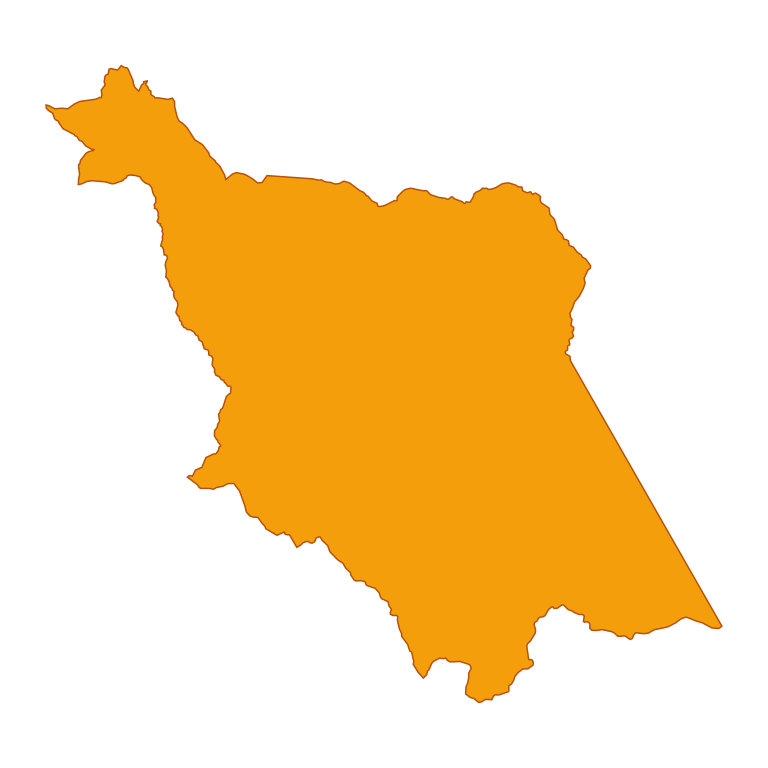 Toledo, Norte de Santander, Colombia
{"feature_id": "7082276B12986735978418", "entity_name": "Toledo", "entity_type": "district", "adm_level": 2, "iso_a3": "COL", "parent_name": "Colombia", "parent_adm1": "Norte de Santander", "projection": "orthographic", "projection_center": [-72.39, 7.233], "detail": "fine", "context": "isolated", "style": "filled", "palette": "amber", "viewbox_px": 768, "rotation_deg": 0, "n_neighbors": 0, "source": "geoboundaries", "source_scale": "gbopen_adm2", "svg_char_len": 6057}
<svg xmlns="http://www.w3.org/2000/svg" viewBox="0 0 768 768"><path d="M721.9,626.2L570.4,360.7L570.0,356.4L565.4,353.6L565.5,351.3L567.6,349.9L567.6,346.0L569.4,345.0L569.8,344.1L568.9,340.5L570.0,338.8L572.3,337.9L573.5,336.3L572.3,332.0L573.6,330.0L573.7,327.4L570.9,325.2L572.0,319.5L570.4,317.1L570.0,313.2L572.5,308.0L574.5,302.1L579.5,295.9L583.4,288.3L585.1,283.2L584.1,278.3L588.0,270.0L590.2,268.3L590.7,265.9L585.7,258.9L582.3,257.1L581.3,255.0L577.1,252.1L573.3,247.0L569.2,245.5L568.4,241.0L566.1,239.5L564.0,239.3L562.2,234.7L557.7,230.2L554.4,219.2L550.0,214.6L549.0,208.0L541.4,202.9L540.1,200.2L540.6,196.7L538.8,195.0L535.5,193.1L532.3,194.3L530.6,191.8L527.1,192.8L522.6,190.7L521.9,187.0L518.5,186.9L515.9,185.2L509.3,183.0L506.5,183.0L502.2,183.8L495.7,187.7L491.6,189.1L488.4,189.4L486.7,188.2L484.4,188.5L482.8,188.0L479.8,190.6L475.8,192.3L474.1,194.0L473.1,197.3L470.2,202.1L468.1,202.3L466.7,201.7L465.9,202.0L465.1,203.4L464.2,203.4L462.1,201.6L454.5,198.9L452.7,197.0L451.3,196.9L448.3,199.3L447.3,199.2L445.2,198.3L438.8,197.4L430.7,194.8L426.8,190.8L422.1,190.6L410.7,188.2L404.9,189.6L401.9,192.1L397.3,196.8L397.0,200.6L394.5,200.6L386.3,204.8L381.8,206.3L379.0,206.5L377.7,205.8L377.1,203.3L371.7,200.8L368.3,196.5L366.1,195.3L363.6,192.3L359.9,190.7L349.7,183.0L344.5,181.3L343.2,181.4L339.2,183.6L335.0,184.0L330.2,182.3L327.1,182.2L323.3,181.1L321.7,179.8L319.1,180.2L312.2,178.8L267.0,175.6L262.1,182.5L257.5,182.9L253.2,179.3L246.5,175.2L244.0,174.1L236.2,172.6L232.5,174.0L225.8,179.6L224.6,175.0L219.7,166.0L215.5,161.9L215.2,160.8L209.8,156.2L208.7,152.7L202.4,144.6L194.8,139.8L187.2,127.9L183.0,123.6L178.9,120.8L177.0,116.5L174.7,106.8L174.6,101.8L172.4,98.1L167.9,99.4L158.1,97.8L155.0,97.9L154.2,96.7L151.0,94.6L150.9,91.1L149.0,89.9L147.7,86.7L146.0,85.1L145.7,83.9L147.1,81.9L147.2,80.9L143.7,81.7L143.8,83.4L141.6,85.0L138.8,91.1L134.8,87.3L133.1,82.6L133.1,80.8L128.0,68.9L127.1,67.9L123.6,67.2L121.3,65.6L117.5,70.1L110.9,68.5L108.9,69.3L108.2,74.1L106.0,75.0L105.0,76.3L104.2,81.6L105.1,85.0L101.3,90.1L101.9,95.4L101.2,97.5L99.4,97.5L95.9,99.2L80.0,101.4L74.2,104.1L67.8,108.8L61.9,108.2L54.9,108.8L48.7,105.6L46.1,105.0L46.3,108.3L49.0,110.9L52.7,113.2L54.4,118.3L55.9,120.0L58.3,121.1L58.9,122.8L63.1,128.8L74.1,134.5L75.1,135.8L76.9,136.6L79.4,140.4L81.8,141.1L85.7,145.9L91.4,149.2L94.0,149.6L93.4,150.4L88.7,151.7L86.2,153.1L80.5,160.3L79.8,163.7L78.9,164.2L78.5,165.8L79.6,174.5L78.6,178.7L78.3,184.6L81.8,183.8L86.9,181.5L91.9,180.7L105.8,181.9L111.5,183.7L114.1,183.7L123.0,180.5L123.6,179.4L126.4,177.7L126.9,176.0L129.6,175.0L135.3,175.5L140.0,176.8L141.7,179.8L145.0,182.8L149.4,184.7L151.6,187.5L153.1,193.3L154.4,196.0L155.7,197.3L155.7,202.4L154.1,205.0L154.8,206.9L154.5,208.3L156.8,209.4L158.3,212.7L158.0,215.9L158.7,217.0L157.1,221.5L159.0,223.5L160.5,223.8L160.1,225.4L161.3,226.1L162.7,229.5L161.9,231.1L163.2,233.9L162.2,237.3L162.7,238.8L160.7,245.8L162.5,247.1L163.5,249.6L164.2,255.0L165.3,254.8L166.8,255.7L167.5,258.0L165.8,261.8L165.2,265.4L166.4,270.5L165.8,277.3L167.2,278.1L169.1,281.8L170.2,286.6L171.9,288.1L172.4,290.2L174.2,291.4L173.6,294.2L174.2,297.7L177.5,302.2L177.9,305.2L175.9,312.4L177.8,315.8L179.0,316.5L179.7,320.5L181.6,322.2L181.7,324.6L183.0,325.7L183.8,327.5L185.5,327.8L187.0,329.5L190.4,329.8L193.9,332.0L195.7,334.8L197.9,336.1L199.2,340.2L202.1,341.7L204.2,348.8L208.0,350.0L208.8,352.1L208.7,354.8L211.8,356.4L212.9,358.7L212.1,364.9L214.7,369.1L214.4,371.6L216.0,375.4L219.0,376.4L221.5,379.8L223.9,380.4L224.3,382.4L225.8,383.4L227.5,386.0L230.2,386.3L231.1,387.6L230.4,393.5L228.6,394.3L226.2,396.8L223.2,406.6L222.3,408.4L220.6,409.6L219.9,412.4L218.5,414.2L219.6,421.1L217.6,424.5L217.2,427.5L214.6,430.6L214.4,435.8L216.6,439.6L217.6,440.3L218.2,442.3L220.4,445.0L220.6,446.2L219.1,447.1L218.4,450.5L216.0,453.7L212.9,454.2L205.9,457.6L201.9,467.3L195.4,470.1L192.5,476.0L189.1,475.6L187.4,477.2L197.4,484.7L199.3,487.6L200.8,488.4L208.9,488.4L213.7,489.2L216.5,487.5L223.3,486.2L227.6,483.7L233.8,483.5L239.5,490.9L244.6,505.0L246.4,512.0L249.7,515.8L252.6,517.0L258.0,517.5L262.5,523.9L264.5,525.7L265.9,528.8L277.0,535.3L284.2,532.1L284.7,532.4L284.8,533.8L286.0,534.6L289.6,535.0L296.8,547.3L300.1,545.5L303.2,542.7L305.6,541.7L307.9,541.4L310.2,542.9L312.3,543.1L314.8,541.7L316.1,538.1L318.6,536.9L320.1,536.9L322.3,540.5L327.7,545.6L329.9,551.8L337.8,559.9L343.1,563.4L345.6,568.0L350.3,572.4L350.9,575.2L354.0,579.9L355.9,580.9L360.8,580.7L363.8,581.3L365.4,582.2L365.8,584.2L367.1,585.6L375.3,588.4L379.2,592.9L380.5,597.1L381.8,598.8L387.9,601.6L389.2,606.3L391.4,609.3L390.2,612.9L390.5,614.3L392.9,615.5L396.8,615.5L397.8,616.6L397.4,620.0L397.8,622.3L399.4,628.9L401.5,633.4L401.7,636.4L407.7,644.5L409.7,650.9L411.6,652.0L413.8,661.7L413.2,664.3L418.2,672.4L423.3,678.1L426.8,674.5L427.4,671.2L428.9,669.9L431.7,663.4L433.5,661.4L439.5,658.1L443.5,658.7L445.7,658.0L447.4,660.4L450.3,661.9L460.1,661.5L467.9,664.0L470.2,665.4L471.2,668.4L468.7,673.1L468.9,676.2L467.8,682.7L466.1,686.4L465.6,693.9L470.1,697.4L474.0,698.6L478.6,702.4L481.6,701.9L485.2,699.4L491.9,699.7L493.3,696.4L494.7,695.0L499.5,694.8L508.3,691.7L508.9,690.9L508.8,685.9L511.6,683.9L513.7,680.3L515.0,676.4L518.1,672.5L522.8,669.0L528.0,668.8L533.1,665.0L533.3,662.5L532.5,660.4L531.2,659.5L529.4,659.8L528.6,659.1L526.8,646.0L527.4,643.8L530.4,641.0L535.3,633.1L535.6,629.8L534.2,625.0L534.4,622.7L537.3,620.7L538.5,618.1L540.4,617.1L543.5,616.7L545.2,615.4L548.2,610.0L551.3,607.1L552.5,606.7L554.3,608.5L557.3,608.2L562.1,604.8L563.8,605.2L568.2,609.6L572.5,611.1L574.0,612.4L578.9,614.4L582.2,614.5L583.8,615.3L584.2,616.4L583.4,621.5L584.6,622.2L587.3,621.7L588.9,622.6L590.0,624.2L589.8,628.4L591.9,630.3L596.7,630.5L602.1,629.6L611.8,631.7L614.0,632.7L618.1,636.4L624.9,635.9L630.1,639.5L632.2,638.6L634.2,634.1L636.0,632.7L643.3,633.7L648.2,633.2L654.2,629.8L667.7,626.9L675.8,622.8L680.3,619.3L684.6,617.4L687.3,617.4L695.9,620.9L702.3,622.8L711.9,627.9L717.9,628.5L719.6,628.0L721.9,626.2Z" fill="#f59e0b" stroke="#b45309" stroke-width="1.5"/></svg>